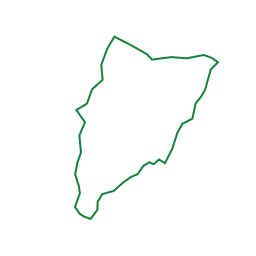 Kalo Chorio Soleas, Cyprus, rotated 205°
{"feature_id": "46923920B82951092544014", "entity_name": "Kalo Chorio Soleas", "entity_type": "district", "adm_level": 2, "iso_a3": "CYP", "parent_name": "Cyprus", "parent_adm1": "", "projection": "mercator", "projection_center": [32.871, 35.119], "detail": "fine", "context": "isolated", "style": "outline", "palette": "green", "viewbox_px": 256, "rotation_deg": 205, "n_neighbors": 0, "source": "geoboundaries", "source_scale": "gbopen_adm2", "svg_char_len": 696}
<svg xmlns="http://www.w3.org/2000/svg" viewBox="0 0 256 256"><g transform="rotate(205 128 128)"><path d="M79.6,111.7L79.1,128.0L81.2,144.5L80.5,154.8L73.6,163.7L77.1,178.9L75.0,187.1L74.3,195.3L77.7,215.9L74.3,225.6L81.8,226.9L90.1,226.2L104.4,215.9L118.8,210.5L135.2,200.1L142.0,202.9L159.8,204.3L178.9,205.0L180.3,191.2L178.9,174.0L171.4,161.0L176.9,147.9L175.5,132.8L182.4,122.5L169.4,115.0L168.9,100.7L160.2,85.8L159.3,75.7L156.2,63.4L148.3,55.0L144.0,48.4L142.6,33.9L135.6,29.9L130.4,29.1L123.4,29.9L121.2,40.9L124.3,48.4L123.4,57.2L114.2,65.1L109.4,76.5L104.6,84.9L99.8,90.2L98.0,100.3L94.1,106.0L89.3,106.0L86.6,112.6L79.6,111.7Z" fill="none" stroke="#15803d" stroke-width="2"/></g></svg>